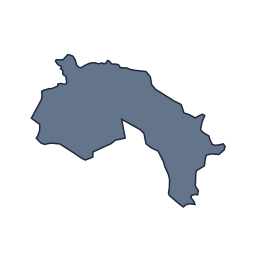 the district of Alindao, Basse-Kotto, Central African Republic, rotated 121°
{"feature_id": "33826404B62938730808524", "entity_name": "Alindao", "entity_type": "district", "adm_level": 2, "iso_a3": "CAF", "parent_name": "Central African Republic", "parent_adm1": "Basse-Kotto", "projection": "mercator", "projection_center": [21.194, 5.183], "detail": "fine", "context": "isolated", "style": "filled", "palette": "slate", "viewbox_px": 256, "rotation_deg": 121, "n_neighbors": 0, "source": "geoboundaries", "source_scale": "gbopen_adm2", "svg_char_len": 1769}
<svg xmlns="http://www.w3.org/2000/svg" viewBox="0 0 256 256"><g transform="rotate(121 128 128)"><path d="M183.9,201.5L185.0,197.8L185.7,194.8L185.0,191.1L180.6,186.2L176.8,178.3L177.2,163.1L177.8,151.4L177.4,148.0L171.1,143.2L166.6,145.7L154.2,137.3L150.3,134.5L144.9,132.5L138.1,125.2L123.8,138.0L123.1,116.5L124.5,111.4L132.2,104.5L133.0,97.9L132.3,90.3L138.5,80.4L142.4,76.2L146.8,69.7L150.6,65.9L157.9,61.8L163.1,59.7L164.6,57.6L166.6,45.6L167.2,39.9L163.7,38.7L161.3,36.3L159.0,31.3L157.2,33.3L155.3,38.0L153.3,38.9L150.3,36.3L149.4,33.9L145.5,35.4L143.1,40.4L131.8,46.6L129.2,47.3L121.0,43.0L114.9,45.8L110.8,46.9L106.9,42.7L104.0,36.5L97.3,34.3L93.9,35.2L92.5,38.2L95.2,40.8L98.0,44.3L98.6,47.5L95.8,51.8L93.2,54.6L93.2,60.9L92.1,65.0L84.7,67.6L77.8,68.6L77.8,71.2L80.6,73.2L84.7,75.6L85.1,83.0L86.3,87.8L83.0,91.5L80.5,94.6L81.1,103.1L80.7,124.2L78.7,130.0L72.7,135.2L70.3,141.6L75.1,152.0L76.7,156.5L77.1,159.9L79.6,164.3L80.1,165.7L78.7,168.7L79.5,171.3L81.5,174.8L80.3,178.6L80.7,180.3L83.8,180.3L85.2,181.6L85.6,183.6L87.1,185.2L88.3,186.6L89.0,189.8L91.0,192.8L93.0,194.8L97.3,197.7L100.5,199.2L101.4,201.6L100.2,204.8L96.7,208.4L94.8,212.3L95.3,215.1L96.1,217.4L100.2,218.3L102.9,218.8L106.6,224.7L108.0,224.6L109.3,222.2L109.9,219.4L109.3,217.4L110.0,216.4L111.3,216.4L111.9,216.4L112.2,215.2L112.2,213.8L113.3,212.7L114.8,212.1L115.5,211.3L115.7,209.9L115.8,207.9L118.6,205.5L120.6,204.0L122.4,204.0L123.5,205.4L124.3,208.4L125.7,209.8L126.5,210.8L128.3,209.8L129.5,210.7L132.3,212.7L133.3,213.6L134.7,215.3L135.3,216.6L136.2,216.9L137.4,218.3L138.6,219.4L141.0,220.9L144.2,218.5L148.2,216.9L155.0,216.5L160.6,216.3L168.5,215.9L169.4,215.9L170.4,205.5L175.5,202.5L181.8,201.2L183.9,201.5Z" fill="#64748b" stroke="#1e293b" stroke-width="1.5"/></g></svg>